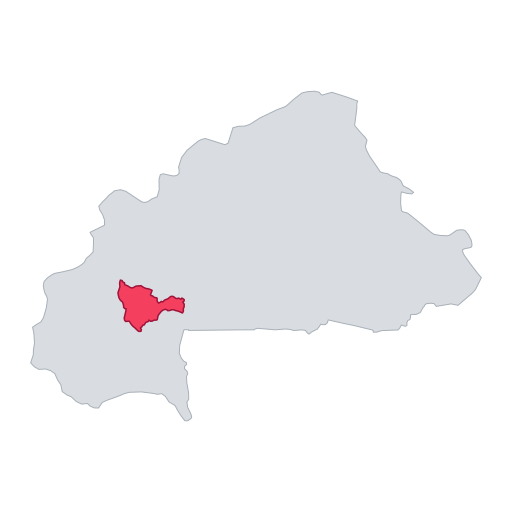 where Tuy sits in Burkina Faso
{"feature_id": "BFA-2834", "entity_name": "Tuy", "entity_type": "Province", "adm_level": 1, "iso_a3": "BFA", "parent_name": "Burkina Faso", "parent_adm1": "", "projection": "mercator", "projection_center": [-3.419, 11.41], "detail": "fine", "context": "in_parent", "style": "filled", "palette": "rose", "viewbox_px": 512, "rotation_deg": 0, "n_neighbors": 0, "source": "natural_earth", "source_scale": "10m", "svg_char_len": 5007}
<svg xmlns="http://www.w3.org/2000/svg" viewBox="0 0 512 512"><path d="M396.5,330.0L381.8,330.6L376.5,332.2L373.3,332.2L373.2,330.9L372.8,330.1L354.3,325.6L341.3,322.9L328.2,319.9L327.4,322.7L325.6,324.5L322.7,324.7L320.7,324.2L319.4,326.4L317.2,329.2L314.2,330.6L311.2,332.3L309.5,333.8L308.3,333.9L305.3,330.3L301.3,329.9L293.8,330.5L290.5,329.5L285.9,329.0L275.1,329.8L257.7,328.3L254.9,329.1L254.2,329.8L237.0,329.9L218.1,330.1L202.4,330.3L188.6,330.4L188.5,329.8L184.1,329.7L183.6,330.9L179.7,345.4L179.3,353.3L181.3,358.1L183.7,361.2L186.3,362.5L186.6,364.3L184.5,366.5L184.6,368.9L187.1,371.3L187.7,373.8L186.5,376.4L186.8,382.7L188.6,392.8L188.7,399.3L186.9,402.2L187.7,407.3L191.1,414.5L191.7,417.5L190.5,418.9L187.7,420.8L184.8,420.7L181.5,416.4L180.1,414.4L177.4,410.0L175.1,405.6L172.0,403.7L169.0,401.9L165.3,396.3L161.7,393.6L157.9,394.3L152.4,393.3L141.3,391.9L129.4,392.3L124.4,393.6L119.6,395.7L107.2,400.2L102.3,402.4L98.6,408.0L94.3,407.9L90.1,406.1L87.5,403.5L81.8,404.1L76.4,401.6L71.1,396.7L67.2,395.1L62.2,391.6L60.9,384.9L57.7,380.1L54.8,373.6L50.5,370.6L45.6,369.0L38.8,369.4L34.3,366.7L30.7,362.9L31.7,359.6L33.3,354.8L33.4,350.3L34.5,342.9L33.9,333.6L32.6,327.2L36.4,324.5L40.7,322.1L43.5,317.7L46.3,307.8L47.5,299.3L46.6,296.1L45.1,293.6L44.0,289.9L43.3,285.5L44.1,281.5L47.4,277.9L51.6,274.9L54.5,273.4L62.3,271.9L72.0,269.6L77.7,267.1L81.8,264.5L84.1,262.5L86.4,258.3L90.1,255.1L93.1,251.9L93.5,242.8L93.4,237.6L91.3,234.8L90.1,232.3L104.5,225.2L104.6,220.2L102.6,214.6L99.8,210.1L98.8,206.2L102.7,201.7L106.3,198.2L108.9,195.3L114.6,190.8L120.5,189.7L125.8,191.3L141.6,201.8L144.4,202.5L147.7,201.7L151.8,198.9L157.2,196.8L159.2,189.8L159.0,179.4L160.3,174.7L163.1,173.8L172.2,175.8L174.6,175.9L177.2,175.2L179.1,173.4L179.1,170.1L178.6,167.1L181.6,157.5L187.0,150.3L197.9,141.3L201.4,139.5L205.3,138.5L224.9,144.7L228.1,143.2L232.9,127.8L238.2,126.3L244.6,126.1L248.7,124.8L250.9,123.7L260.2,117.8L276.6,109.9L285.5,106.5L287.2,105.2L293.5,99.5L301.9,93.0L307.3,91.7L314.7,91.2L319.4,92.3L320.6,94.1L322.2,95.1L331.8,92.3L345.7,96.7L357.6,101.0L356.8,103.8L356.8,108.6L355.8,116.3L354.6,125.4L359.5,131.3L365.4,137.7L367.0,140.2L365.4,146.5L366.5,150.2L369.7,156.3L375.0,164.0L380.4,172.0L384.2,173.1L387.8,173.7L390.0,175.2L393.2,176.5L396.4,177.4L399.1,179.2L400.9,180.9L403.2,185.8L409.4,189.1L413.6,192.3L411.9,193.9L406.6,193.3L401.5,191.9L400.9,194.2L400.6,203.2L401.5,210.7L402.6,211.7L407.7,213.1L419.8,222.9L430.7,232.1L434.3,234.5L440.4,235.4L447.2,235.8L450.1,234.9L456.6,230.3L460.1,229.8L463.3,229.9L465.1,230.6L468.2,234.4L471.2,240.1L472.0,244.4L471.7,246.6L470.7,247.5L465.3,248.6L463.0,249.4L462.4,250.7L463.3,253.5L464.3,255.3L470.2,263.6L478.7,274.7L481.3,277.5L479.8,280.8L475.5,289.5L472.3,293.1L458.0,305.3L451.0,303.9L436.3,306.4L434.1,303.6L430.7,303.2L426.5,303.7L424.9,304.7L424.5,305.9L423.0,307.6L420.3,312.5L418.1,313.7L415.5,314.5L412.4,314.4L410.5,315.0L410.5,317.4L409.9,319.5L407.7,320.6L406.8,322.9L407.0,325.2L405.7,326.3L403.0,325.7L401.3,325.0L399.8,328.0L397.9,330.0L396.5,330.0Z" fill="#d9dde1" stroke="#a8b0b8" stroke-width="1"/><path d="M141.0,285.7L143.4,287.3L145.5,288.3L149.0,289.0L150.8,289.7L151.9,290.2L152.1,290.7L151.7,291.4L150.5,294.8L150.9,295.5L152.8,296.0L153.5,296.8L154.4,297.4L155.7,297.6L156.8,297.9L157.1,298.3L157.1,300.4L157.5,301.8L158.6,303.0L160.1,302.4L161.3,301.4L162.2,301.9L163.2,301.6L164.3,300.3L165.6,299.6L167.0,299.2L168.3,298.5L170.1,296.9L170.8,296.5L171.6,296.3L173.0,296.4L174.5,297.3L175.5,298.2L176.6,298.6L177.7,298.4L178.4,298.1L179.2,298.3L180.2,299.0L180.9,299.2L181.3,298.8L181.6,298.2L182.2,298.2L183.0,298.7L184.1,299.5L184.2,300.4L184.1,300.9L183.9,301.2L182.9,302.1L183.1,302.6L183.8,303.5L184.1,304.1L184.2,304.7L184.1,306.7L184.0,307.3L183.4,308.4L183.3,309.1L183.4,310.9L183.3,311.6L182.5,312.9L181.9,312.8L180.0,311.9L178.0,311.1L175.6,310.6L174.1,309.9L172.0,309.7L169.7,310.5L167.8,310.7L166.9,309.9L165.5,309.3L163.1,310.0L161.4,311.3L159.0,314.2L158.3,315.3L157.9,316.3L157.4,319.1L157.2,319.7L155.9,320.2L154.9,320.1L153.8,320.2L152.5,321.0L150.6,321.3L149.0,320.2L148.5,321.3L147.4,321.9L146.4,322.1L145.8,322.4L144.5,324.5L143.9,325.1L142.8,325.2L142.4,325.7L142.1,326.4L141.8,326.9L141.3,327.2L140.7,327.5L140.4,328.0L140.7,328.6L141.2,329.1L141.4,329.6L141.0,331.2L140.2,331.4L138.8,331.4L137.9,330.8L134.5,327.5L133.4,326.7L132.2,325.5L131.0,324.0L129.4,321.5L129.0,321.2L128.8,321.1L127.1,321.4L125.5,321.4L124.6,320.1L124.2,318.1L126.0,310.4L126.1,308.8L124.8,308.6L123.7,307.5L123.5,305.3L122.8,302.6L122.3,301.9L121.2,301.0L120.1,299.8L119.2,298.3L118.6,296.4L118.2,294.6L118.0,292.6L119.9,286.9L119.6,283.0L120.0,281.2L120.4,280.2L120.7,280.4L122.1,280.5L122.3,281.0L122.5,281.6L123.4,282.3L124.4,282.7L124.7,283.3L124.5,284.0L124.7,284.7L125.5,285.1L126.4,285.3L127.7,285.9L128.7,286.5L129.6,287.1L130.4,287.6L131.6,287.8L132.7,287.9L133.5,287.5L134.6,286.8L135.8,286.2L136.9,286.0L140.4,285.8L141.0,285.7Z" fill="#f43f5e" stroke="#9f1239" stroke-width="1.5"/></svg>